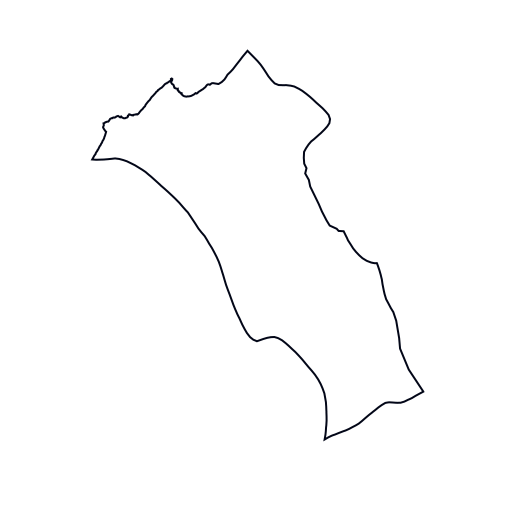 outline of Ad Dis, Hadramawt, Yemen, rotated 159°
{"feature_id": "15242507B42761625616090", "entity_name": "Ad Dis", "entity_type": "district", "adm_level": 2, "iso_a3": "YEM", "parent_name": "Yemen", "parent_adm1": "Hadramawt", "projection": "equal_earth", "projection_center": [49.996, 15.105], "detail": "fine", "context": "isolated", "style": "outline", "palette": "ink", "viewbox_px": 512, "rotation_deg": 159, "n_neighbors": 0, "source": "geoboundaries", "source_scale": "gbopen_adm2", "svg_char_len": 5790}
<svg xmlns="http://www.w3.org/2000/svg" viewBox="0 0 512 512"><g transform="rotate(159 256 256)"><path d="M190.4,450.6L195.3,447.9L197.4,446.7L200.6,444.7L205.3,441.9L210.7,438.6L214.0,437.0L217.6,435.5L219.9,433.7L222.2,432.1L225.6,430.7L229.3,430.0L230.2,430.4L230.5,430.7L231.3,431.1L232.8,432.0L234.2,432.8L235.4,433.1L236.3,432.9L237.0,432.6L237.4,432.5L237.7,432.4L238.0,432.6L238.4,433.1L239.5,433.4L240.2,433.3L241.3,432.8L242.1,432.2L242.6,431.9L243.6,431.5L244.1,431.4L245.1,431.0L246.1,430.7L246.8,430.6L247.1,430.6L247.4,430.6L247.7,430.4L250.9,429.8L251.5,429.5L252.0,429.2L252.4,429.1L252.6,429.0L253.0,429.0L253.4,429.0L253.6,429.2L253.7,429.3L253.7,429.5L253.9,429.7L254.5,429.6L255.0,429.4L255.7,429.1L255.8,429.1L258.1,428.8L259.5,428.7L260.5,428.9L261.2,429.0L261.9,429.2L262.5,429.5L263.4,429.6L264.1,429.8L264.5,430.1L265.0,430.4L265.5,430.7L265.9,431.0L266.5,431.7L266.7,432.0L266.8,432.4L266.8,432.6L266.8,432.9L266.7,433.2L266.5,433.3L266.8,433.3L267.2,433.5L267.4,433.7L267.5,433.8L267.4,434.0L267.5,434.2L267.6,434.4L267.5,434.5L267.4,434.6L267.2,434.7L267.3,434.8L267.4,434.7L267.4,434.8L267.5,434.6L267.7,434.9L267.8,434.8L267.9,435.0L268.1,435.3L268.0,435.5L268.4,436.1L268.5,436.1L268.9,436.5L269.0,436.9L269.1,437.0L269.1,437.3L269.0,437.5L269.7,438.6L269.5,439.2L269.4,439.2L269.4,439.4L269.4,439.5L269.2,439.8L269.1,440.1L269.3,440.1L270.6,441.0L270.8,441.2L271.2,441.5L271.3,441.7L271.5,441.9L271.8,442.1L271.9,442.4L271.9,442.6L271.9,442.8L271.7,443.0L271.8,443.3L271.8,443.5L271.7,444.1L271.7,444.3L271.8,444.5L271.8,444.8L271.7,445.1L271.8,445.6L272.6,446.5L272.8,447.1L273.0,447.9L273.0,448.9L272.5,449.1L272.0,449.7L271.3,450.2L270.7,451.2L271.1,451.9L271.9,451.8L272.0,451.2L272.3,450.7L273.5,450.2L274.6,450.0L275.3,449.7L275.8,449.6L276.8,449.6L277.4,449.2L278.5,449.3L279.6,449.0L281.9,447.8L283.9,446.9L285.1,446.8L287.2,446.1L288.0,446.0L288.8,445.3L290.2,445.0L291.7,444.0L292.8,443.5L294.5,442.6L296.4,441.8L297.9,440.8L299.3,439.7L300.9,439.1L303.3,437.7L304.9,436.7L305.9,435.6L306.6,435.3L307.6,434.9L309.1,433.9L311.2,433.1L313.5,431.8L314.1,431.3L315.0,430.9L315.6,430.7L315.9,430.9L316.4,430.7L316.7,430.9L317.0,431.3L317.9,431.3L319.9,431.7L320.3,431.3L320.8,431.5L321.2,431.9L321.5,431.9L322.4,432.7L322.9,433.2L323.2,433.3L323.6,433.7L324.3,433.1L324.9,433.0L325.3,432.9L325.5,432.4L325.6,432.0L326.1,431.8L326.7,431.5L327.1,431.5L328.0,431.6L328.9,431.5L330.1,432.0L331.3,433.2L331.9,434.5L332.3,434.2L332.6,434.0L333.1,434.1L333.7,435.0L334.6,436.2L336.4,436.3L337.0,436.0L338.3,435.8L338.8,436.2L339.5,436.4L340.3,436.4L340.6,436.1L341.2,436.4L343.0,436.3L344.0,435.5L344.5,435.2L345.1,434.7L345.5,434.5L345.9,434.4L346.5,434.7L347.1,434.8L347.9,434.7L348.7,434.9L349.7,434.4L350.8,434.5L351.2,432.6L352.6,431.1L352.6,429.7L351.9,426.7L351.4,425.7L353.9,422.4L354.9,421.4L355.5,420.5L356.8,419.2L358.1,418.3L359.2,417.0L360.3,416.3L361.6,415.0L362.6,414.5L363.0,414.1L365.6,411.7L365.9,411.7L366.3,411.4L366.7,410.8L367.8,410.2L369.0,409.2L369.2,408.7L370.0,408.2L370.9,407.7L374.3,404.8L370.7,403.1L363.5,400.6L359.4,399.4L356.1,398.5L352.6,397.6L348.9,395.6L345.6,393.2L342.6,390.7L339.6,387.5L336.5,384.1L333.9,380.7L331.2,377.2L329.0,374.0L326.9,370.1L325.8,368.2L324.7,366.1L322.2,361.2L319.9,356.6L319.7,356.1L319.5,355.7L317.3,351.6L315.0,347.1L311.0,338.8L310.6,337.9L309.7,335.8L308.6,333.3L306.7,328.0L304.9,323.2L304.7,322.8L304.0,321.1L301.1,308.2L299.9,302.2L298.5,297.7L296.8,293.0L296.3,290.3L296.0,288.7L295.3,284.2L294.3,279.3L293.7,274.7L293.1,269.3L292.9,265.6L292.8,264.0L292.9,259.3L293.2,254.4L293.3,253.4L293.5,249.8L293.9,245.1L294.3,239.8L294.4,234.6L294.4,229.6L294.6,218.1L294.5,213.6L294.4,211.7L294.3,208.7L294.0,205.5L293.8,203.7L293.6,200.1L293.4,196.9L292.8,191.8L292.1,187.4L290.6,182.4L290.2,181.7L288.5,178.8L286.9,177.3L285.7,176.1L282.2,176.0L278.8,175.9L275.1,175.6L274.4,175.5L271.2,174.9L267.9,173.8L265.4,171.9L264.6,171.2L264.1,170.6L261.9,168.0L259.6,164.1L257.7,160.5L255.7,156.3L253.7,152.3L251.8,147.7L249.9,142.8L248.3,138.0L246.7,133.3L245.1,129.0L243.5,124.1L242.2,118.5L241.5,113.3L241.4,111.1L241.3,108.6L241.3,108.2L241.4,103.3L242.2,99.1L243.1,94.5L243.8,92.3L244.4,90.3L245.7,86.5L245.9,85.8L246.4,84.5L247.6,81.0L249.1,77.0L251.1,72.6L252.0,70.9L253.6,67.4L255.3,64.1L257.7,60.1L253.4,60.8L249.8,61.1L248.0,61.1L246.3,61.0L242.3,61.1L239.1,61.1L238.7,61.1L237.1,61.1L235.0,61.0L231.1,61.2L227.3,61.7L223.6,62.1L220.1,62.7L216.4,63.9L212.9,65.2L208.1,66.9L206.9,67.3L203.9,68.2L202.8,68.6L199.8,69.5L195.9,70.8L192.0,71.8L187.9,72.5L185.8,72.1L184.1,71.7L180.6,70.1L178.5,69.1L176.9,68.4L173.6,67.2L169.7,66.9L165.3,67.3L164.2,67.3L161.4,67.5L157.0,68.3L152.4,68.9L148.4,69.4L148.4,69.5L154.1,95.2L154.7,117.9L151.8,128.0L148.3,145.3L147.9,154.6L148.0,154.9L148.8,159.2L149.4,164.4L150.0,169.0L149.6,174.4L149.1,177.9L148.8,179.6L148.0,184.3L146.9,189.1L146.7,190.9L146.3,193.8L145.9,198.4L145.7,203.4L145.7,206.0L147.9,206.8L149.4,207.7L150.9,208.7L153.9,211.4L154.5,212.0L157.4,215.8L159.4,219.7L161.2,224.0L162.6,228.3L163.5,233.0L164.5,237.7L164.6,240.4L164.8,242.2L165.3,247.7L169.9,249.8L170.9,252.5L176.3,258.0L177.4,264.0L178.5,274.0L178.8,282.0L180.5,301.4L179.4,308.1L180.5,315.4L177.4,319.9L177.9,324.9L176.2,330.5L173.8,336.0L170.6,338.7L166.9,341.3L163.4,343.2L160.2,344.2L156.2,345.7L153.6,346.7L151.6,347.4L146.8,349.5L143.1,351.4L139.9,353.7L137.8,357.3L137.7,361.7L139.2,366.0L140.9,370.1L142.8,373.8L144.8,377.6L146.7,381.6L148.6,385.3L150.9,389.3L153.6,393.6L156.1,396.8L156.5,397.2L159.5,400.5L162.6,402.6L163.0,402.8L166.4,404.6L170.1,406.0L173.6,407.5L176.7,410.4L178.5,414.6L180.0,419.2L180.9,423.6L181.9,428.2L183.1,432.9L184.6,437.2L185.4,439.1L186.2,441.0L187.9,444.9L189.7,449.0L190.4,450.6Z" fill="none" stroke="#020617" stroke-width="2"/></g></svg>